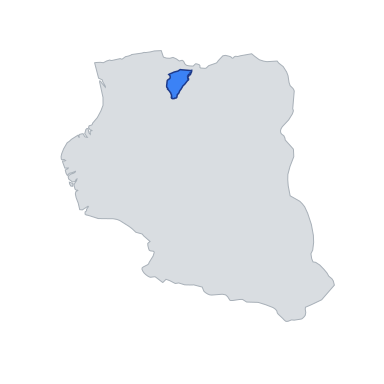 Kaiama, Kwara, Nigeria shown in context, rotated 78°
{"feature_id": "59680162B83662033692716", "entity_name": "Kaiama", "entity_type": "district", "adm_level": 2, "iso_a3": "NGA", "parent_name": "Nigeria", "parent_adm1": "Kwara", "projection": "orthographic", "projection_center": [4.157, 9.519], "detail": "fine", "context": "in_parent", "style": "filled", "palette": "blue", "viewbox_px": 384, "rotation_deg": 78, "n_neighbors": 0, "source": "geoboundaries", "source_scale": "gbopen_adm2", "svg_char_len": 5246}
<svg xmlns="http://www.w3.org/2000/svg" viewBox="0 0 384 384"><g transform="rotate(78 192 192)"><path d="M312.7,72.1L324.4,87.6L327.2,99.3L328.3,105.0L330.2,105.6L333.6,105.8L336.2,106.9L337.8,108.8L338.8,110.6L339.0,111.6L338.6,118.7L337.8,121.3L338.4,124.7L338.3,126.2L337.9,127.2L336.4,128.4L334.4,129.6L329.4,133.1L328.0,133.7L325.9,133.8L324.1,134.7L322.0,136.6L317.5,143.5L313.7,150.3L311.0,161.4L307.6,164.9L307.0,167.9L306.6,174.8L306.1,176.9L305.6,177.5L301.8,178.9L299.6,180.5L298.3,183.6L296.9,194.2L296.3,196.0L295.1,197.8L293.2,199.8L291.5,201.0L287.1,201.8L283.1,209.8L283.0,211.2L281.3,218.4L278.2,223.9L278.0,227.4L274.0,232.3L272.0,235.6L274.2,238.9L274.4,239.5L267.5,245.4L267.1,246.2L266.8,250.2L266.3,251.3L265.0,252.8L263.2,254.4L261.3,255.7L259.1,256.6L257.0,257.0L255.8,256.5L255.2,255.3L253.9,250.5L253.3,249.4L251.9,248.5L246.5,243.3L243.2,241.5L242.5,241.6L241.9,242.1L241.0,244.8L240.1,245.9L238.4,246.2L235.4,246.3L233.2,246.0L232.7,245.4L231.7,243.3L225.0,248.3L222.7,249.5L219.7,255.3L215.5,258.2L212.6,260.7L204.8,268.7L203.3,271.0L201.8,274.5L198.5,289.2L193.2,298.5L192.4,300.4L192.1,300.4L191.4,301.2L189.3,300.7L188.4,299.0L187.1,298.8L184.8,296.3L184.3,296.7L186.7,303.0L185.9,305.5L179.2,305.6L173.5,306.5L169.6,306.5L167.6,305.6L166.7,303.3L166.4,303.5L166.2,304.8L164.9,305.8L160.5,306.0L158.6,304.4L157.0,302.6L155.3,301.8L155.5,302.6L157.5,304.3L157.3,306.9L153.7,309.9L151.5,310.0L150.1,308.8L149.3,306.7L149.0,303.7L148.0,301.7L147.5,301.7L148.1,305.0L148.2,308.1L149.9,310.5L147.3,311.3L144.2,311.4L143.8,310.5L143.4,308.5L142.8,308.0L142.2,311.4L135.8,312.3L134.9,312.2L134.7,311.6L135.2,310.6L135.0,309.1L133.6,310.3L133.4,312.6L132.6,313.0L130.2,312.7L127.5,311.5L123.1,308.6L117.8,303.8L117.0,301.6L115.4,299.0L112.7,291.7L113.2,291.3L114.4,291.7L115.0,291.0L112.8,290.6L112.3,290.0L112.2,288.4L112.3,286.4L115.6,285.4L116.4,284.2L116.8,283.0L112.7,284.8L108.8,282.8L108.0,281.5L108.4,280.5L112.9,280.5L114.5,279.5L113.5,279.2L111.8,279.2L111.2,278.6L111.2,277.1L110.7,277.4L109.9,278.8L107.3,279.8L105.8,278.8L105.7,276.6L105.3,275.6L104.0,274.9L99.5,269.1L93.8,264.3L88.7,261.0L81.0,259.4L65.0,259.5L64.1,259.0L65.1,258.2L66.5,257.7L71.6,255.0L70.8,254.7L65.4,256.4L63.6,256.5L61.2,259.7L45.4,260.4L45.4,258.9L46.1,254.7L47.1,251.8L46.1,248.2L45.8,245.0L46.5,244.0L46.7,242.8L46.6,234.5L47.4,233.3L47.4,232.4L45.8,228.9L45.8,226.2L45.5,223.6L45.0,222.4L45.7,212.3L45.5,209.8L46.0,208.1L46.3,203.7L46.2,199.5L47.3,192.7L54.1,191.9L55.7,189.2L56.6,185.9L56.4,182.6L58.5,179.7L61.2,177.2L61.1,174.3L61.8,173.5L63.1,172.8L64.9,172.5L66.9,171.1L68.0,168.7L69.1,164.7L67.4,162.0L67.4,161.4L68.1,159.9L69.1,158.4L70.0,158.0L71.9,158.3L72.5,157.8L73.8,153.4L73.7,152.3L71.9,149.4L70.9,141.5L70.4,140.5L69.0,139.0L65.2,133.5L65.3,130.9L66.9,127.5L67.9,125.9L69.3,125.0L69.6,124.3L69.2,123.3L68.5,122.6L68.3,121.1L69.0,119.0L68.8,116.7L69.2,104.9L72.2,102.6L76.6,98.7L78.9,94.7L80.1,91.6L81.6,81.5L83.9,80.4L88.3,76.7L94.3,74.5L98.2,73.9L105.0,74.3L108.4,73.9L111.4,71.9L112.7,71.3L114.5,71.0L131.6,76.2L133.1,75.9L134.4,76.3L136.5,77.6L141.6,82.5L146.9,90.1L148.6,91.7L150.2,92.6L151.9,92.9L153.2,92.7L154.4,92.0L156.0,90.5L158.5,89.9L160.5,90.0L171.0,84.0L172.0,84.0L178.6,85.1L187.5,90.9L194.8,94.6L199.9,95.8L205.9,96.6L216.1,96.8L223.6,88.4L226.4,86.6L229.8,84.9L236.8,83.3L248.6,82.0L259.7,82.3L266.6,83.5L273.9,86.0L277.1,88.5L282.0,88.8L285.5,88.2L286.5,85.7L290.0,82.2L295.1,79.0L299.3,76.8L302.8,75.7L305.9,73.2L308.4,72.3L312.7,72.1ZM161.0,309.3L158.5,310.1L156.9,309.9L159.1,306.5L160.2,307.2L161.6,307.5L161.0,309.3Z" fill="#d9dde1" stroke="#a8b0b8" stroke-width="1"/><path d="M72.2,190.3L72.8,189.9L73.1,189.7L73.5,189.4L74.5,189.3L75.3,189.5L75.7,189.6L75.9,189.7L76.5,190.3L76.7,190.8L77.2,192.1L77.4,192.4L77.6,192.8L78.2,193.2L78.6,193.3L79.7,193.7L80.8,194.0L81.2,194.2L83.1,194.8L84.2,194.9L84.7,194.6L85.1,194.3L85.8,194.1L86.0,194.2L86.1,194.3L86.2,194.5L88.6,193.1L89.0,193.0L89.3,192.9L89.6,192.7L90.1,192.5L90.4,192.3L91.0,192.2L91.6,192.2L92.6,191.9L92.9,191.9L93.0,191.9L93.1,192.0L93.6,192.0L93.8,192.0L94.6,192.2L94.6,192.4L94.8,192.5L94.9,192.2L95.9,192.4L95.9,192.1L96.2,191.9L96.6,191.8L96.7,191.3L96.8,190.6L97.0,190.2L96.6,189.5L96.6,189.0L96.8,188.4L96.7,187.8L96.3,187.2L95.9,187.1L95.7,187.0L95.0,186.6L93.8,186.2L93.3,185.7L93.1,184.9L92.3,184.2L90.4,182.9L90.1,182.5L89.0,181.2L88.9,181.2L87.5,179.8L86.6,179.2L84.9,176.5L84.6,176.1L84.3,175.8L83.1,174.4L82.2,173.3L81.7,172.3L81.4,172.3L81.1,172.5L80.9,172.4L81.0,171.9L80.8,171.8L80.3,171.9L80.3,172.1L80.0,172.5L79.9,172.5L79.6,172.4L79.3,172.4L79.2,172.2L78.9,172.2L78.6,172.4L78.4,172.4L78.3,172.1L78.2,171.7L78.2,171.3L77.9,171.1L77.8,171.3L77.5,171.5L77.5,171.3L77.4,171.1L77.1,171.2L76.8,171.1L76.5,171.1L76.3,170.9L76.3,170.6L76.5,170.5L76.9,170.4L77.1,170.2L77.0,169.9L76.9,169.8L76.6,169.7L76.4,169.7L76.3,169.4L76.7,169.3L76.8,169.2L76.6,169.0L76.3,168.8L75.9,168.8L75.7,169.0L75.1,169.1L75.1,168.7L75.2,168.4L75.5,168.3L75.3,168.1L75.2,168.0L75.0,167.9L74.7,167.7L74.3,167.4L74.2,167.4L73.7,167.6L73.5,167.4L73.4,167.1L72.9,167.0L72.9,168.1L70.9,174.7L70.4,176.4L69.8,178.1L70.8,180.6L70.9,183.5L71.0,184.8L71.6,187.5L71.8,188.9L72.2,190.3Z" fill="#3b82f6" stroke="#1e3a8a" stroke-width="1.5"/></g></svg>